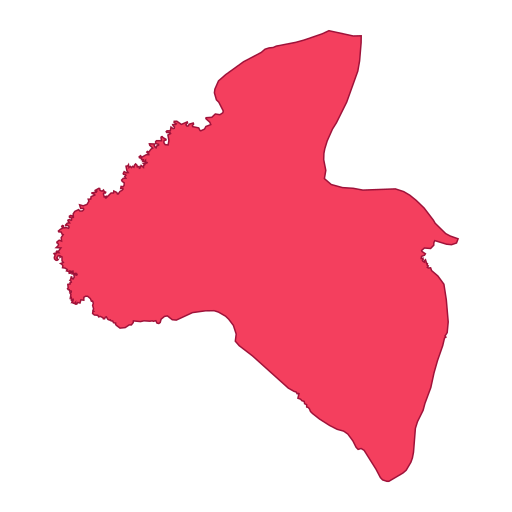 Tha Bo, Nong Khai, Thailand
{"feature_id": "78962969B97829088345215", "entity_name": "Tha Bo", "entity_type": "district", "adm_level": 2, "iso_a3": "THA", "parent_name": "Thailand", "parent_adm1": "Nong Khai", "projection": "orthographic", "projection_center": [102.483, 17.794], "detail": "fine", "context": "isolated", "style": "filled", "palette": "rose", "viewbox_px": 512, "rotation_deg": 0, "n_neighbors": 0, "source": "geoboundaries", "source_scale": "gbopen_adm2", "svg_char_len": 5936}
<svg xmlns="http://www.w3.org/2000/svg" viewBox="0 0 512 512"><path d="M358.1,449.4L361.1,448.5L364.1,450.3L376.0,469.2L380.4,477.6L382.6,479.9L386.9,481.3L388.9,481.3L403.1,472.9L406.2,470.2L410.9,462.2L412.4,458.0L413.5,452.2L415.4,428.3L417.5,421.6L423.1,410.3L424.9,403.5L430.8,387.6L434.0,372.9L437.5,360.6L442.7,345.7L444.5,338.0L445.9,337.1L445.0,336.0L447.2,332.6L448.2,321.9L446.3,299.7L443.9,284.2L437.9,276.0L431.6,270.6L430.6,267.8L428.3,268.0L427.3,267.3L428.3,265.9L427.0,264.9L427.4,263.6L426.6,263.4L425.5,259.8L424.3,261.0L424.4,262.1L423.0,261.4L422.4,260.4L423.2,259.3L422.4,258.9L422.8,258.3L421.2,258.4L421.5,256.4L424.5,255.2L425.4,253.8L421.9,251.4L421.6,250.5L424.4,248.0L430.6,248.5L433.8,245.2L433.8,242.8L434.8,240.6L446.5,244.2L451.5,244.7L456.5,243.0L458.1,238.8L450.2,236.0L445.7,233.6L435.1,223.2L433.4,220.2L424.0,207.9L416.1,200.3L409.8,195.2L403.7,191.6L395.4,188.9L362.9,190.1L353.3,188.3L342.5,187.6L331.2,184.5L324.4,178.6L325.8,170.4L323.7,159.7L323.9,153.4L324.8,148.7L327.2,140.9L332.5,129.0L336.4,122.8L346.7,102.1L357.8,71.1L359.6,60.9L361.1,42.8L361.2,35.8L353.3,36.0L328.9,30.7L322.0,33.9L303.9,40.1L295.9,42.3L276.3,46.1L273.2,47.5L269.1,47.9L265.0,49.2L261.3,52.4L243.6,61.7L225.7,74.6L218.5,80.9L214.9,89.1L214.4,92.8L216.4,99.8L218.8,102.2L223.3,111.0L222.8,112.8L219.9,114.7L215.3,114.0L211.8,117.3L206.1,117.7L205.9,118.7L209.8,122.2L210.8,124.6L205.9,126.5L204.5,129.1L200.8,130.8L200.0,130.5L198.7,127.9L192.6,126.6L192.4,125.6L193.6,124.1L193.2,123.0L189.1,124.2L188.4,125.8L187.1,126.2L185.9,124.8L187.5,122.8L187.2,121.9L181.4,124.4L176.8,121.2L174.2,121.3L174.1,122.6L176.3,123.8L175.6,124.6L172.7,124.6L173.1,125.7L174.5,126.9L174.3,128.3L173.0,128.6L171.0,127.1L170.3,130.8L167.0,130.8L166.2,131.6L166.7,132.5L170.1,132.7L170.6,133.6L167.9,135.0L168.9,140.5L168.1,144.9L165.2,144.7L163.9,142.8L164.0,141.0L164.4,140.4L165.9,140.1L166.0,139.3L162.9,137.5L162.2,136.6L161.4,136.7L161.0,137.6L161.5,140.7L156.5,140.7L155.6,141.6L155.7,143.6L158.6,144.3L158.6,145.2L156.5,146.1L156.2,147.8L155.4,147.6L154.2,145.7L154.6,144.0L149.4,143.8L149.7,145.2L152.7,148.1L151.0,149.1L148.9,152.0L147.4,151.4L146.8,152.1L148.8,154.1L148.8,154.7L146.5,154.6L141.6,157.3L140.6,155.7L139.2,156.7L139.4,157.7L141.6,158.5L141.5,159.7L143.3,159.7L142.7,161.2L144.5,161.6L145.5,160.4L145.5,162.0L147.1,162.5L146.8,163.1L143.3,163.4L144.8,164.7L143.6,165.5L143.5,167.4L141.1,165.4L140.0,168.1L139.4,168.3L139.0,166.5L137.3,166.9L137.0,165.3L135.6,163.9L134.5,165.1L133.9,167.2L132.7,166.3L131.4,167.6L130.3,166.4L128.9,167.6L128.5,164.7L127.8,165.8L126.0,166.2L126.9,170.8L128.2,172.6L126.4,172.8L124.2,171.6L123.2,173.5L123.5,174.3L125.4,174.5L125.9,175.3L124.7,176.5L125.8,178.2L123.3,178.3L121.6,180.1L122.2,181.4L124.2,182.8L124.1,185.5L123.1,186.6L121.1,186.4L120.7,188.5L122.8,188.3L123.1,189.0L122.2,190.2L119.9,191.5L118.2,194.0L117.4,194.0L116.8,192.5L113.8,191.0L113.5,193.0L111.1,193.0L105.9,198.1L105.5,197.8L106.0,196.4L104.2,196.9L103.4,193.8L103.8,193.1L105.4,193.0L105.7,192.2L104.2,191.5L103.5,190.0L102.1,191.2L100.0,190.4L99.7,188.5L98.9,188.3L95.1,190.4L95.3,191.0L96.8,191.2L96.3,192.2L92.0,192.8L92.0,193.4L94.7,194.4L94.8,195.1L91.1,196.6L90.7,199.1L88.2,199.2L88.9,201.2L87.0,204.4L83.2,205.8L79.6,204.8L80.7,208.5L83.4,208.3L83.8,209.1L83.4,210.1L82.3,211.0L80.0,211.1L78.6,209.6L74.8,211.4L73.2,213.8L73.4,217.4L72.6,217.4L72.5,215.9L70.6,215.4L69.4,216.2L69.5,217.3L71.7,218.0L71.5,220.2L70.9,220.4L69.5,219.5L68.0,220.1L67.9,220.7L69.6,222.9L67.3,223.1L65.6,225.0L65.8,225.7L67.1,225.3L68.7,226.1L69.1,227.1L68.5,228.3L66.2,227.6L64.2,227.9L63.5,227.2L63.5,225.9L62.5,225.5L61.7,226.3L62.6,228.2L60.5,229.2L58.4,231.0L58.7,231.8L61.3,232.1L62.1,234.2L63.2,234.6L61.2,237.6L61.6,241.1L59.2,240.2L57.0,241.9L56.9,242.8L57.9,243.3L58.5,244.6L58.0,245.9L56.2,247.6L60.9,247.9L58.2,251.6L59.0,252.7L57.6,252.6L57.6,251.3L57.0,251.0L56.3,251.8L56.1,253.6L54.3,253.3L53.9,253.7L54.8,254.4L55.0,255.8L54.3,257.2L54.5,258.9L55.7,260.1L56.9,260.4L58.2,259.6L56.8,258.0L58.3,255.6L60.0,255.8L60.0,257.3L61.2,256.5L62.0,256.9L62.0,260.8L63.3,262.5L60.6,263.5L62.0,264.4L62.9,265.8L62.5,267.7L65.1,268.1L67.3,269.5L66.5,270.9L69.0,271.5L69.2,273.3L70.6,273.1L71.2,272.3L70.2,272.1L70.0,271.0L71.7,271.5L72.9,271.1L73.1,272.4L71.9,272.7L72.1,274.0L76.0,273.3L77.1,274.3L76.7,275.2L74.8,274.7L73.9,275.1L74.3,277.1L73.0,279.0L72.0,278.3L71.7,276.9L71.2,276.9L70.6,279.6L69.9,280.3L71.0,281.0L71.3,282.2L70.1,282.6L70.2,283.9L67.8,284.4L68.2,287.8L67.5,288.7L68.3,289.7L69.3,289.7L69.7,291.2L71.0,290.9L71.3,291.4L71.1,292.5L69.9,292.9L70.9,294.5L70.3,298.1L71.3,297.6L71.5,299.5L73.2,299.3L73.2,300.1L71.5,300.3L72.3,301.1L71.8,302.4L72.8,302.1L72.9,303.0L74.4,303.5L75.4,302.4L75.2,303.9L75.7,304.2L76.6,304.1L76.3,303.2L77.2,303.3L77.7,302.5L80.0,303.0L80.9,299.8L83.8,300.2L83.8,297.3L85.6,296.2L87.7,296.3L90.4,298.6L91.4,301.2L92.5,301.0L92.8,301.5L93.3,303.6L92.6,305.3L93.6,308.9L92.9,310.5L93.8,311.3L92.8,311.7L92.6,313.5L94.4,315.0L97.8,315.3L98.7,316.9L100.2,316.4L101.8,317.1L103.2,318.0L103.4,318.8L104.6,318.8L105.2,317.3L106.3,316.8L107.9,319.4L109.5,320.1L110.3,319.8L111.1,320.9L112.7,321.0L113.5,322.7L115.7,323.1L115.6,324.4L116.3,325.3L120.0,328.1L125.2,327.6L129.2,324.9L131.4,324.9L133.2,322.6L133.4,320.9L140.5,321.6L143.9,320.8L150.0,321.2L152.3,320.8L153.3,321.3L155.8,320.7L157.0,323.1L158.8,323.5L160.2,322.5L161.1,319.2L164.5,316.4L167.4,315.9L172.2,319.7L176.3,320.1L192.5,312.6L205.5,310.8L214.2,310.7L218.5,312.1L225.6,316.2L228.7,319.2L233.4,325.4L236.2,334.1L235.3,341.2L239.2,345.7L252.5,355.9L288.4,388.2L294.3,391.5L295.9,391.8L297.2,393.8L298.0,393.3L299.0,393.6L297.9,398.2L300.6,399.2L301.9,400.7L304.2,401.4L304.6,403.7L306.6,404.6L306.7,407.0L308.1,407.4L309.4,408.8L310.5,411.5L312.5,413.5L319.6,419.1L329.5,425.4L337.1,429.3L343.6,431.1L347.8,434.0L352.9,440.9L356.1,447.3L358.1,449.4Z" fill="#f43f5e" stroke="#9f1239" stroke-width="1.5"/></svg>